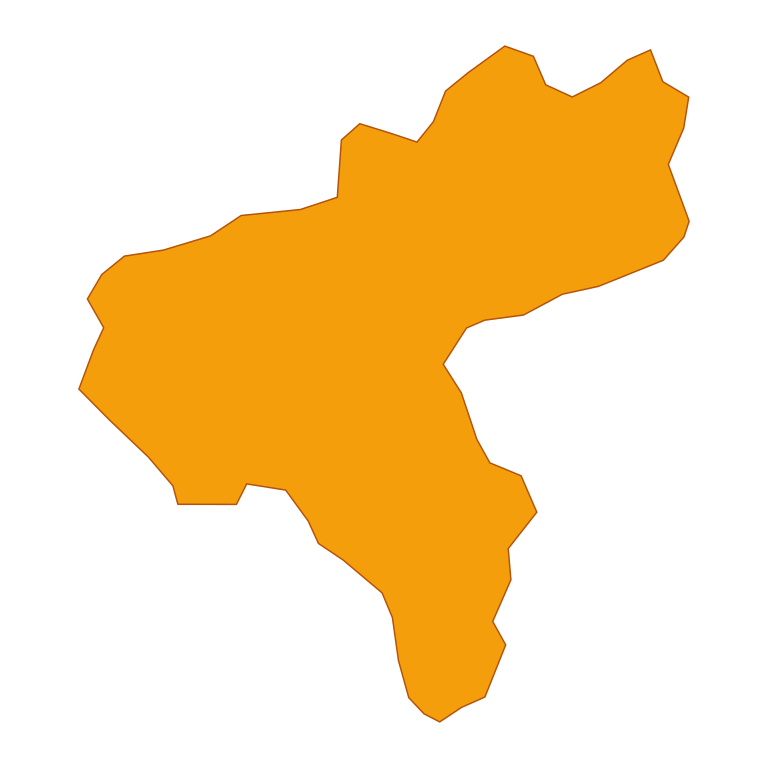 the district of Lessebo, Kronoberg, Sweden
{"feature_id": "70781695B14820024771032", "entity_name": "Lessebo", "entity_type": "district", "adm_level": 2, "iso_a3": "SWE", "parent_name": "Sweden", "parent_adm1": "Kronoberg", "projection": "albers", "projection_center": [15.351, 56.783], "detail": "fine", "context": "isolated", "style": "filled", "palette": "amber", "viewbox_px": 768, "rotation_deg": 0, "n_neighbors": 0, "source": "geoboundaries", "source_scale": "gbopen_adm2", "svg_char_len": 946}
<svg xmlns="http://www.w3.org/2000/svg" viewBox="0 0 768 768"><path d="M686.8,214.8L668.3,164.4L683.7,128.1L688.7,97.1L662.8,81.7L650.5,49.9L627.3,60.2L600.8,82.7L572.2,97.0L545.7,84.8L533.4,56.3L504.8,46.1L468.1,72.7L445.6,91.0L433.4,121.7L417.0,142.1L392.5,133.9L359.8,123.7L341.4,140.0L337.3,197.3L300.4,209.5L241.1,215.5L237.0,218.3L210.4,235.9L163.3,250.1L124.4,256.1L101.8,274.5L87.4,299.0L103.7,327.7L93.4,350.2L78.9,389.1L109.5,420.0L148.3,457.0L172.9,485.8L177.9,504.3L195.4,504.3L236.4,504.4L246.7,483.9L285.7,490.1L308.2,521.0L318.5,543.5L343.1,560.0L382.1,592.9L392.4,617.5L398.5,660.7L408.8,697.7L424.0,713.8L439.7,721.9L461.5,707.4L484.9,697.0L505.7,644.9L492.7,621.5L510.9,579.8L508.2,548.6L536.8,512.2L521.1,475.8L489.9,462.9L476.9,439.5L461.3,392.8L443.2,364.3L466.5,328.0L484.6,320.2L523.5,315.0L562.4,294.2L598.6,286.3L663.4,260.2L684.0,236.9L689.1,221.3L686.8,214.8Z" fill="#f59e0b" stroke="#b45309" stroke-width="1.5"/></svg>